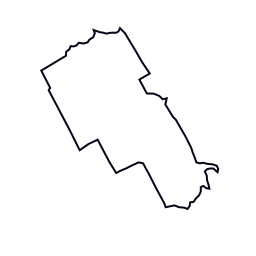 Sapiranga, Rio Grande do Sul, Brazil (Equal Earth projection), rotated 326°
{"feature_id": "56859067B79456883934450", "entity_name": "Sapiranga", "entity_type": "district", "adm_level": 2, "iso_a3": "BRA", "parent_name": "Brazil", "parent_adm1": "Rio Grande do Sul", "projection": "equal_earth", "projection_center": [-50.982, -29.624], "detail": "fine", "context": "isolated", "style": "outline", "palette": "ink", "viewbox_px": 256, "rotation_deg": 326, "n_neighbors": 0, "source": "geoboundaries", "source_scale": "gbopen_adm2", "svg_char_len": 1215}
<svg xmlns="http://www.w3.org/2000/svg" viewBox="0 0 256 256"><g transform="rotate(326 128 128)"><path d="M176.5,95.0L176.5,81.6L177.4,69.0L178.3,51.2L178.5,47.7L177.2,40.7L174.1,42.6L171.3,42.4L168.5,40.3L165.7,38.8L162.9,37.7L160.6,35.0L158.3,32.9L154.3,27.6L153.5,30.9L149.9,33.3L145.4,33.2L142.3,34.4L138.4,33.1L134.8,29.8L131.4,30.8L128.6,30.0L126.3,28.1L123.3,30.0L119.4,30.2L117.0,33.4L88.2,31.9L85.9,51.2L83.4,52.3L78.2,99.7L75.5,119.4L86.3,119.2L96.3,120.7L94.8,134.4L93.6,145.4L93.0,158.7L96.8,159.1L100.4,159.7L103.6,160.4L110.1,161.2L117.5,162.4L120.8,165.7L120.1,171.8L119.7,177.0L118.7,185.1L117.5,195.0L116.0,210.7L114.9,214.7L123.3,218.2L126.1,222.3L130.1,225.5L132.0,228.4L135.5,227.2L137.9,224.4L141.0,225.9L145.1,224.3L149.2,223.6L152.9,221.3L155.3,217.7L158.0,218.1L159.3,221.7L161.5,223.8L163.0,220.2L164.4,215.4L166.6,211.6L167.5,206.9L170.5,206.4L173.3,207.4L176.1,209.3L177.5,214.7L179.9,212.4L180.5,209.0L177.7,205.3L173.9,202.3L170.8,198.8L167.7,197.4L165.5,194.8L166.9,189.2L168.0,184.3L169.3,179.9L170.9,167.4L172.3,147.7L171.5,144.2L172.1,129.4L176.7,125.0L172.9,123.6L171.8,118.8L168.5,113.9L162.9,109.9L164.5,94.2L176.5,95.0Z" fill="none" stroke="#020617" stroke-width="2"/></g></svg>